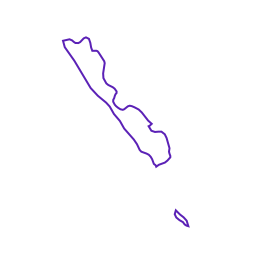 outline of Rennell and Bellona, rotated 203°
{"feature_id": "SLB-1261", "entity_name": "Rennell and Bellona", "entity_type": "Province", "adm_level": 1, "iso_a3": "SLB", "parent_name": "Solomon Islands", "parent_adm1": "", "projection": "albers", "projection_center": [160.182, -11.564], "detail": "fine", "context": "isolated", "style": "outline", "palette": "violet", "viewbox_px": 256, "rotation_deg": 203, "n_neighbors": 0, "source": "natural_earth", "source_scale": "10m", "svg_char_len": 1285}
<svg xmlns="http://www.w3.org/2000/svg" viewBox="0 0 256 256"><g transform="rotate(203 128 128)"><path d="M203.6,168.9L217.8,177.7L221.9,182.9L216.5,186.8L213.7,186.8L211.6,186.1L209.6,185.7L206.9,186.8L205.6,188.4L203.8,193.2L202.1,195.0L198.8,194.8L196.0,191.7L193.4,187.7L191.0,185.1L187.4,186.7L186.1,186.8L184.7,186.1L176.0,180.2L174.8,178.6L172.2,168.5L170.1,164.3L165.4,160.6L163.0,159.9L158.0,159.6L155.7,159.0L152.8,157.2L152.2,155.7L152.7,154.2L152.7,152.4L152.4,150.1L152.6,148.2L151.9,146.4L149.3,144.3L147.4,143.4L144.9,142.7L142.3,142.3L139.9,142.7L138.8,143.8L136.6,147.9L135.1,149.2L133.0,149.6L130.3,149.6L125.4,149.2L121.4,147.7L112.4,142.7L107.8,141.1L108.9,138.6L109.7,137.7L105.4,134.6L101.6,134.9L98.4,136.6L95.8,137.7L91.7,136.6L88.6,133.9L81.9,125.6L81.0,122.2L79.8,120.6L78.1,118.8L77.6,117.5L79.0,113.4L80.5,110.6L85.2,106.2L86.9,103.4L87.7,104.3L88.5,104.7L89.3,104.8L90.2,105.1L93.6,108.7L95.9,110.4L98.4,111.5L100.9,111.7L106.5,111.4L108.7,112.4L113.4,116.6L118.2,119.7L131.3,126.0L138.2,131.3L146.4,135.4L153.2,140.6L158.0,142.8L168.4,145.9L178.0,150.2L203.6,168.9ZM40.5,62.8L44.6,63.3L48.6,64.5L51.3,66.9L51.8,70.9L46.4,68.7L41.9,67.5L37.8,65.6L34.1,61.2L36.0,61.0L37.5,61.2L39.0,61.8L40.5,62.8Z" fill="none" stroke="#5b21b6" stroke-width="2"/></g></svg>